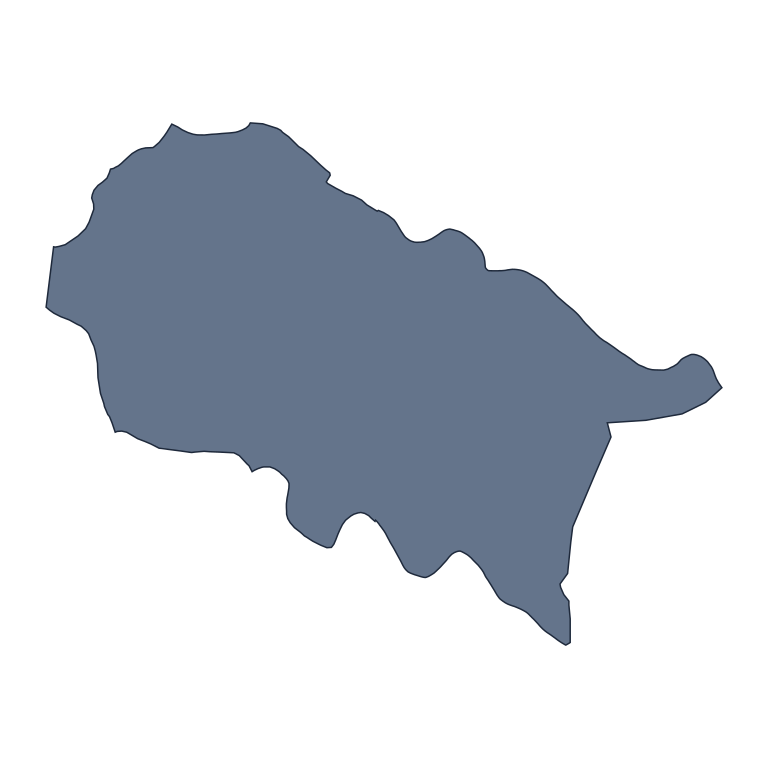 La Courville, Micoud, Saint Lucia
{"feature_id": "8701671B31446207074709", "entity_name": "La Courville", "entity_type": "district", "adm_level": 2, "iso_a3": "LCA", "parent_name": "Saint Lucia", "parent_adm1": "Micoud", "projection": "orthographic", "projection_center": [-60.926, 13.81], "detail": "fine", "context": "isolated", "style": "filled", "palette": "slate", "viewbox_px": 768, "rotation_deg": 0, "n_neighbors": 0, "source": "geoboundaries", "source_scale": "gbopen_adm2", "svg_char_len": 6103}
<svg xmlns="http://www.w3.org/2000/svg" viewBox="0 0 768 768"><path d="M171.8,124.1L166.8,132.3L164.1,136.2L159.2,142.4L154.6,146.4L153.0,147.6L145.7,147.9L141.4,148.8L138.4,149.9L136.5,150.9L132.2,153.5L128.6,156.7L124.1,160.8L121.4,163.4L118.3,165.9L115.4,167.3L113.6,168.4L110.5,169.1L109.3,172.9L107.0,178.1L102.4,182.2L98.0,185.4L94.0,190.2L92.3,194.7L91.7,198.0L93.6,204.0L93.8,209.2L89.1,222.2L85.6,228.7L78.0,236.0L65.2,244.7L59.1,246.4L55.3,247.1L53.6,246.8L46.1,307.2L49.7,310.2L53.9,313.2L60.8,316.7L69.4,320.0L77.2,324.3L81.2,326.2L86.2,330.6L88.7,333.8L91.0,339.9L94.0,346.3L95.3,351.1L96.1,355.0L97.5,363.4L98.0,377.7L99.9,389.8L100.5,393.5L103.8,403.4L104.5,406.7L107.8,414.5L109.5,416.6L112.0,422.7L115.2,432.2L117.3,431.4L121.7,431.1L126.7,432.2L137.7,438.7L145.0,441.5L150.7,443.9L159.1,448.2L180.9,451.0L191.4,452.5L192.6,452.4L194.6,452.1L204.1,451.3L209.5,451.7L220.0,452.1L233.9,452.8L239.3,455.6L247.1,464.0L249.0,465.7L252.1,471.7L254.4,470.3L258.0,468.6L262.1,467.2L264.0,466.9L269.9,466.9L274.6,468.7L277.6,470.6L279.8,472.2L281.7,474.2L283.8,475.9L286.4,478.7L287.9,480.8L289.0,483.4L289.0,485.0L288.9,487.9L288.1,492.7L287.7,495.0L287.1,497.9L286.4,503.8L286.4,507.5L286.6,511.3L286.6,514.3L287.8,518.6L290.2,522.7L294.5,527.7L300.5,532.3L302.3,533.9L304.4,535.9L306.8,537.3L309.5,539.1L312.8,541.2L318.5,544.1L321.2,545.4L326.9,547.7L331.4,547.4L333.8,544.3L335.7,540.0L338.0,534.0L339.9,529.7L342.4,524.6L345.6,520.2L348.3,518.0L350.8,516.0L353.9,514.2L358.0,512.9L360.9,512.5L364.7,513.4L368.7,515.6L371.3,518.2L375.0,521.4L375.6,520.2L377.0,521.6L378.9,523.9L379.5,524.9L381.3,527.2L384.0,530.9L384.8,532.2L385.5,533.3L387.1,536.4L388.2,538.5L389.2,540.3L389.6,541.1L390.0,541.9L391.5,544.5L392.0,545.3L392.6,546.3L394.1,548.9L400.7,561.0L401.7,563.0L402.8,565.2L403.6,566.6L404.1,567.5L405.6,569.5L406.9,570.8L408.2,572.0L408.9,572.3L410.4,573.1L412.7,574.0L414.6,574.7L417.9,575.7L419.7,576.3L421.8,576.9L423.6,577.3L425.2,577.5L426.2,577.3L428.0,576.6L428.7,576.3L429.9,575.6L431.3,574.8L434.1,573.0L435.6,571.6L436.3,571.0L437.7,569.6L438.4,569.0L440.7,566.7L443.4,563.7L445.0,562.0L445.5,561.4L446.1,560.8L448.9,557.2L450.4,555.6L451.1,554.9L451.8,554.2L453.2,553.3L454.3,552.6L456.7,551.6L457.6,551.4L458.3,551.2L459.4,551.1L460.2,551.1L461.8,551.7L464.7,553.2L466.4,554.2L467.1,554.6L468.2,555.4L469.4,556.4L471.1,557.9L473.3,560.3L477.2,564.2L478.3,565.3L479.8,567.2L480.6,568.2L481.6,569.5L482.1,570.2L483.6,572.5L484.1,573.7L484.5,574.3L485.3,576.1L485.9,577.1L487.1,578.9L488.3,580.6L489.2,582.1L490.8,584.6L492.5,587.4L494.4,590.5L495.6,592.6L497.3,595.4L499.2,598.0L500.3,599.2L502.8,601.1L504.6,602.3L505.3,602.8L507.8,604.1L509.8,604.9L512.9,606.0L514.0,606.3L514.8,606.6L518.2,608.0L519.8,608.7L520.9,609.2L523.6,610.6L525.2,611.5L526.3,612.2L527.6,613.2L529.0,614.5L530.1,615.7L531.0,616.5L531.8,617.4L533.8,619.3L538.0,623.8L539.6,625.7L540.8,627.0L543.0,629.2L545.1,631.0L547.4,632.7L549.1,633.8L551.0,635.1L553.6,637.0L558.3,640.5L561.6,642.7L564.8,644.6L565.8,645.1L569.0,643.3L570.2,642.5L570.2,618.9L568.9,605.1L568.9,601.1L563.8,594.6L560.6,587.3L560.0,584.0L567.6,573.5L570.8,542.0L572.7,526.9L596.1,471.6L611.0,437.0L607.3,422.8L645.9,420.3L682.1,413.9L705.7,402.3L721.9,387.7L721.4,387.0L718.5,382.8L716.3,378.8L715.1,375.8L713.3,370.7L712.4,368.7L711.3,366.7L708.4,362.9L708.0,362.3L707.0,361.2L705.0,359.4L703.6,358.3L702.7,357.7L701.9,357.2L701.2,356.7L699.2,355.9L697.4,355.2L696.4,354.9L694.5,354.5L693.4,354.4L692.3,354.4L691.2,354.5L690.1,354.9L689.2,355.3L685.5,357.0L682.7,358.5L681.9,359.1L681.1,359.7L680.5,360.4L678.6,362.5L677.9,363.3L677.1,364.0L676.6,364.4L674.8,365.5L673.4,366.4L671.1,367.4L669.0,368.5L667.3,369.3L666.5,369.4L665.5,369.7L664.6,369.9L663.8,370.1L663.1,370.1L654.7,369.9L652.2,369.7L650.6,369.4L647.7,368.7L647.0,368.4L645.5,367.8L644.8,367.4L641.5,366.0L639.9,365.4L638.2,364.6L637.3,363.9L636.6,363.5L635.6,362.7L633.8,361.3L632.9,360.7L631.2,359.3L628.9,357.7L626.7,356.2L626.1,355.8L625.0,355.0L622.3,353.4L618.9,351.1L614.6,347.9L612.2,346.2L609.9,344.6L608.6,343.7L606.5,342.3L604.4,341.1L603.5,340.5L602.4,339.7L599.6,337.6L596.4,334.6L593.9,331.9L591.6,329.7L588.9,326.9L585.9,323.9L584.7,322.6L584.0,321.7L583.3,321.0L580.4,317.3L578.2,314.8L577.2,313.8L575.9,312.5L573.3,310.1L566.0,304.1L558.3,297.4L556.7,295.9L555.2,294.3L553.6,292.6L551.5,290.5L548.6,287.3L545.6,284.2L543.8,282.6L541.5,280.8L540.0,279.8L537.6,278.3L530.8,274.5L527.0,272.4L525.1,271.6L523.5,271.0L521.8,270.5L519.8,270.0L517.2,269.6L515.3,269.4L512.5,269.3L510.7,269.5L509.9,269.6L507.6,269.9L505.7,270.3L503.9,270.5L501.3,270.7L499.5,270.7L498.1,270.8L496.6,270.8L494.8,270.8L492.8,270.8L489.3,270.7L488.4,270.6L487.5,270.1L486.9,269.5L485.9,268.4L485.5,267.7L485.3,267.0L485.2,266.1L484.8,261.3L484.6,260.0L484.4,258.7L484.1,257.4L483.9,256.7L483.5,255.6L482.5,253.0L481.9,251.8L481.5,251.1L481.0,250.4L479.5,248.3L476.2,244.6L474.5,242.7L472.1,240.5L471.2,239.8L470.4,239.2L469.4,238.3L464.7,234.8L461.9,232.9L461.0,232.4L460.0,231.9L458.4,231.3L456.8,230.8L455.2,230.4L453.4,229.8L451.0,229.3L450.1,229.1L449.4,229.1L447.6,229.4L446.8,229.6L446.1,229.8L444.3,230.5L442.8,231.4L441.3,232.4L439.3,233.9L436.0,236.1L432.3,238.4L431.6,238.8L428.2,240.4L426.8,240.9L424.8,241.6L423.7,241.8L422.9,241.9L421.8,242.0L420.6,242.2L419.1,242.2L418.0,242.3L416.1,242.3L415.2,242.2L414.3,242.1L411.4,241.2L409.7,240.4L408.5,239.6L406.7,238.3L405.8,237.6L405.1,236.9L404.5,236.2L403.6,234.9L401.3,231.5L399.8,229.0L397.8,225.6L396.8,223.9L395.9,222.5L394.1,220.0L388.7,215.7L383.6,212.6L378.3,210.4L377.3,211.1L376.2,210.6L366.9,204.9L361.6,200.1L353.2,195.8L345.3,193.4L341.8,191.3L335.8,188.2L327.6,183.5L326.3,181.9L330.2,175.3L329.7,172.9L326.0,170.0L320.4,165.0L310.9,155.9L303.0,149.4L298.6,146.6L295.4,143.4L288.6,136.7L282.6,132.4L280.7,130.3L277.2,128.4L262.8,123.8L250.3,122.9L248.8,125.6L246.1,128.0L242.5,129.9L238.1,131.6L235.4,132.3L230.3,132.9L222.0,133.5L216.8,134.0L211.5,134.3L204.5,135.0L197.1,134.9L193.0,134.2L187.8,132.5L182.3,129.9L177.8,127.0L171.8,124.1Z" fill="#64748b" stroke="#1e293b" stroke-width="1.5"/></svg>